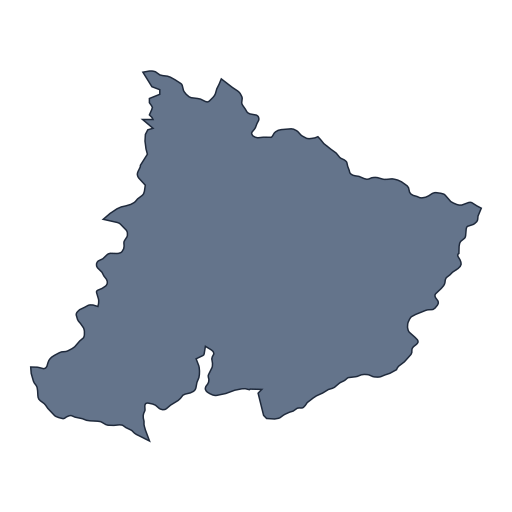 an SVG outline of Pomoravski
{"feature_id": "SRB-832", "entity_name": "Pomoravski", "entity_type": "District", "adm_level": 1, "iso_a3": "SRB", "parent_name": "Republic of Serbia", "parent_adm1": "", "projection": "robinson", "projection_center": [21.332, 43.988], "detail": "fine", "context": "isolated", "style": "filled", "palette": "slate", "viewbox_px": 512, "rotation_deg": 0, "n_neighbors": 0, "source": "natural_earth", "source_scale": "10m", "svg_char_len": 6013}
<svg xmlns="http://www.w3.org/2000/svg" viewBox="0 0 512 512"><path d="M54.7,415.7L47.8,408.4L45.6,405.2L44.2,403.6L40.4,400.8L38.8,399.1L38.1,397.3L37.9,395.7L37.6,390.7L37.1,387.4L36.2,385.5L34.3,383.0L33.4,381.1L31.2,373.4L30.7,367.0L37.4,367.2L39.3,367.6L43.6,368.7L45.4,368.2L46.3,367.2L46.9,366.3L48.0,362.6L48.9,360.4L50.1,358.7L51.7,357.1L54.5,355.3L59.2,352.8L61.5,351.9L65.9,351.5L67.5,351.0L72.0,348.7L74.7,346.8L79.7,341.0L83.5,337.8L84.2,336.1L84.4,334.5L84.4,331.2L84.1,329.6L83.6,328.0L80.5,323.5L78.5,321.2L77.5,319.4L76.2,314.9L76.3,313.8L76.8,312.6L77.7,311.5L79.6,309.7L84.8,307.2L87.7,305.6L88.9,305.1L90.2,304.9L93.0,305.0L97.9,306.5L98.6,303.3L98.7,300.7L98.5,299.1L96.6,292.7L96.5,291.8L96.7,291.1L97.6,290.3L102.1,288.4L105.4,286.2L106.2,285.5L107.2,283.7L107.3,282.4L107.2,281.1L106.4,279.2L103.9,276.0L102.0,272.3L97.5,267.8L97.0,266.9L96.6,266.0L96.5,264.7L96.6,263.5L97.2,262.2L98.1,261.1L99.4,260.4L102.8,258.8L107.0,254.8L108.2,253.9L110.3,253.3L116.9,253.5L118.4,253.4L120.3,252.8L121.2,252.4L122.1,251.5L123.7,248.7L124.1,246.1L123.9,243.0L124.0,241.8L124.6,240.5L127.0,236.8L127.4,235.5L127.4,232.9L127.1,231.6L126.3,230.2L120.5,224.2L119.4,223.3L117.4,222.5L103.2,219.3L110.1,213.4L117.0,208.8L121.3,206.9L125.8,205.9L130.8,204.4L134.1,202.6L135.3,201.6L137.6,198.9L142.1,195.5L142.9,194.7L143.6,193.7L144.4,191.3L145.3,185.2L138.8,178.1L138.1,177.0L137.6,175.8L137.3,174.2L137.6,172.7L138.1,171.4L140.0,167.5L140.3,166.7L140.4,165.3L147.4,154.2L146.0,148.9L145.0,141.1L145.4,134.4L147.8,129.8L153.0,128.3L142.6,119.5L153.0,119.5L151.9,117.4L149.4,114.9L151.7,109.7L152.4,107.4L151.6,105.8L149.4,102.7L149.4,98.5L159.8,94.3L159.8,89.7L151.9,86.7L142.9,72.2L149.5,71.0L151.9,71.0L153.8,71.3L155.5,71.8L159.8,74.9L162.7,75.6L167.5,76.2L170.4,77.2L175.1,79.8L180.9,83.6L181.6,84.2L182.2,85.3L183.5,90.5L184.2,91.8L186.2,94.3L189.1,96.8L191.2,97.7L197.6,98.5L200.5,99.1L205.4,101.5L206.9,101.9L207.8,101.9L209.2,101.2L213.1,97.3L214.5,95.5L215.4,93.7L216.8,88.8L219.1,84.2L221.3,78.9L232.3,87.4L237.7,91.0L239.0,92.1L240.1,93.4L241.2,95.4L242.0,97.1L242.2,98.4L241.7,102.8L242.0,104.1L242.7,105.4L245.3,109.1L246.9,111.9L248.1,113.0L249.9,113.9L256.4,115.1L257.6,115.9L258.3,116.7L258.7,117.8L258.9,119.0L258.7,120.2L256.9,123.7L255.4,127.7L254.5,129.1L252.1,132.0L251.6,133.1L251.8,134.1L252.6,135.6L253.4,136.2L255.2,137.2L257.7,137.8L263.4,137.2L271.3,137.3L271.8,136.9L272.6,135.9L273.8,133.8L274.4,132.9L275.6,131.8L278.2,130.3L281.4,129.6L291.2,128.8L293.6,129.2L296.6,130.7L297.8,131.6L300.9,135.0L302.2,136.0L306.7,138.4L309.1,138.7L311.8,138.4L314.9,137.9L317.9,136.7L320.4,139.4L323.8,143.6L330.7,149.1L336.2,153.1L339.7,157.4L340.9,158.3L344.1,159.8L345.6,160.9L346.6,162.0L346.9,162.8L347.7,166.4L349.2,170.3L349.7,172.4L350.2,173.3L351.0,174.1L352.8,175.2L355.1,175.8L359.0,176.4L364.2,178.6L366.9,179.3L368.8,179.0L371.6,177.8L373.5,177.5L375.4,177.4L377.4,177.6L383.0,179.2L384.5,179.4L387.5,179.3L391.1,178.9L392.7,178.9L395.2,179.4L397.8,180.1L401.5,181.8L407.1,185.8L408.5,187.7L409.6,192.3L411.0,194.1L413.2,195.4L417.1,196.5L419.8,197.7L421.8,197.9L425.7,197.2L428.7,195.8L432.4,193.4L434.5,192.7L435.9,192.6L440.9,193.3L443.4,194.0L444.3,194.4L445.3,195.3L450.8,201.6L453.5,203.1L456.8,204.5L459.2,205.1L461.6,205.1L468.7,202.5L470.2,202.3L471.7,202.6L476.9,205.9L481.3,208.2L478.0,216.1L477.7,219.3L477.4,220.5L476.7,221.7L474.5,223.7L473.1,224.5L467.6,226.3L466.7,227.2L466.2,228.9L465.6,235.8L465.3,237.0L464.7,238.1L460.9,241.2L460.0,242.5L459.6,243.6L459.1,246.3L458.9,253.5L458.1,254.0L457.7,255.0L457.9,256.3L460.1,260.0L460.9,262.2L461.1,264.3L460.2,266.4L458.1,268.5L452.4,272.3L450.0,274.8L447.0,277.1L446.0,278.1L445.3,279.8L444.9,282.8L444.4,284.3L443.6,285.7L441.3,288.4L435.6,293.8L435.0,294.9L435.0,296.3L435.5,297.6L437.9,300.9L438.2,301.8L438.3,303.0L438.1,303.8L437.4,305.2L435.0,308.1L433.1,309.4L432.1,309.6L427.8,309.8L425.9,310.3L415.7,314.4L411.6,316.6L410.8,317.3L409.7,318.9L408.1,322.3L407.7,323.9L407.5,327.2L407.8,328.8L408.2,330.4L409.0,331.9L409.7,332.6L415.1,337.4L417.4,339.8L418.0,341.1L418.0,342.2L417.4,343.3L416.5,344.3L413.7,346.5L412.8,347.5L412.2,348.5L411.9,349.6L411.8,352.5L411.0,354.4L404.4,361.8L398.5,366.3L397.2,368.1L396.5,369.7L389.9,373.3L384.8,375.0L380.7,376.7L379.2,377.0L377.6,377.1L374.4,376.9L372.9,376.6L369.0,374.9L367.5,374.6L364.3,374.4L361.3,374.8L357.3,376.4L355.8,376.7L348.5,377.6L347.6,377.9L345.1,380.1L343.8,380.9L340.4,382.5L339.1,383.4L334.5,387.3L332.4,388.3L328.4,389.5L322.7,393.0L316.5,395.8L313.3,397.9L307.2,402.6L305.3,405.4L303.4,407.4L302.3,407.9L301.2,408.0L299.3,407.9L297.3,408.2L293.1,411.1L289.5,412.2L285.1,414.2L283.5,415.1L280.0,417.7L278.5,418.3L274.6,419.0L266.6,418.5L263.6,415.4L258.1,393.2L261.8,389.4L250.1,389.1L249.4,389.7L245.3,388.7L241.9,388.8L234.8,390.2L225.8,393.5L216.7,395.4L215.2,395.5L212.8,395.0L209.7,393.6L207.3,392.1L206.2,391.0L205.4,389.4L205.3,388.2L205.9,386.4L207.7,384.0L208.6,382.1L208.9,379.5L208.3,377.0L208.2,375.7L208.6,374.5L212.1,367.4L212.4,366.1L212.5,363.3L211.8,358.9L212.3,356.8L213.8,354.0L213.8,353.5L213.3,351.8L212.6,351.0L211.3,349.9L205.4,346.3L204.2,353.6L203.8,354.8L202.8,355.6L196.1,358.8L198.8,365.8L199.2,367.6L199.5,371.0L199.4,374.4L198.9,377.6L196.9,382.5L195.9,387.9L195.4,389.2L194.6,390.4L193.4,391.4L190.3,392.9L185.2,394.1L182.9,395.2L180.4,398.4L178.1,400.5L170.6,405.1L166.5,408.6L165.4,409.3L164.3,409.6L162.6,409.7L160.2,409.0L159.2,408.4L155.5,405.2L152.6,404.0L147.7,403.0L146.1,403.3L145.3,404.1L144.9,405.2L144.8,406.5L145.0,409.5L144.9,410.6L143.7,413.3L143.2,415.5L143.3,418.1L144.0,421.3L144.0,424.6L144.4,426.5L145.4,430.0L149.5,441.0L136.3,434.4L134.4,433.1L131.9,430.6L130.7,429.9L125.9,427.6L123.0,425.5L122.1,425.1L119.6,424.8L113.8,425.4L108.0,425.2L105.9,424.6L101.4,422.0L100.4,421.6L97.5,421.2L90.0,420.8L86.5,420.3L82.4,418.7L74.9,417.1L72.2,415.9L70.9,415.5L69.0,415.8L66.5,416.9L64.5,418.3L63.1,418.7L58.8,417.6L56.0,416.5L54.7,415.7Z" fill="#64748b" stroke="#1e293b" stroke-width="1.5"/></svg>